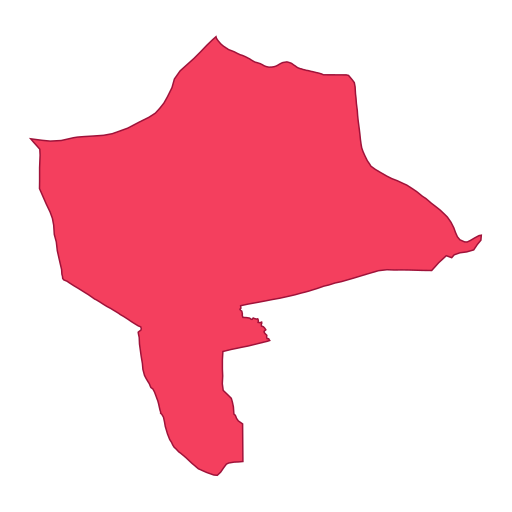 Svay Teab, Svay Rieng, Cambodia (Mercator projection)
{"feature_id": "14789045B97672337588040", "entity_name": "Svay Teab", "entity_type": "district", "adm_level": 2, "iso_a3": "KHM", "parent_name": "Cambodia", "parent_adm1": "Svay Rieng", "projection": "mercator", "projection_center": [105.952, 11.09], "detail": "fine", "context": "isolated", "style": "filled", "palette": "rose", "viewbox_px": 512, "rotation_deg": 0, "n_neighbors": 0, "source": "geoboundaries", "source_scale": "gbopen_adm2", "svg_char_len": 4330}
<svg xmlns="http://www.w3.org/2000/svg" viewBox="0 0 512 512"><path d="M269.7,340.5L269.1,339.6L268.6,338.7L267.1,338.6L266.6,337.0L266.8,335.3L265.2,333.7L264.3,332.6L264.1,331.3L265.8,329.8L264.6,328.0L263.3,326.7L261.5,326.1L261.3,324.4L261.8,323.1L261.6,322.1L260.0,322.7L258.1,322.4L258.4,321.1L258.2,319.9L257.7,318.8L256.7,319.1L254.6,318.6L253.2,318.0L252.2,319.3L251.2,319.3L249.6,318.1L246.7,317.6L242.9,317.4L242.2,315.1L242.4,314.0L241.8,311.2L240.5,310.2L239.9,309.2L240.9,308.2L240.6,305.7L248.0,304.1L258.0,302.3L265.9,300.8L271.9,299.6L279.8,298.2L289.3,296.1L294.9,294.8L299.2,293.6L301.8,292.9L305.1,292.1L309.1,291.0L311.9,290.1L317.1,288.5L322.3,286.7L323.6,286.2L328.7,285.0L335.0,283.0L341.5,281.6L353.3,278.2L366.1,274.3L378.4,270.7L387.0,269.7L394.5,270.0L401.4,269.9L409.1,270.0L422.9,270.4L431.7,270.5L438.7,262.7L446.3,255.7L451.7,257.7L454.2,254.8L459.9,252.8L466.7,251.9L473.7,249.9L477.4,244.4L480.9,240.2L481.3,235.2L479.0,235.6L474.7,237.9L470.3,240.5L467.2,242.0L464.6,241.9L459.9,239.8L457.4,236.8L455.5,232.5L453.8,227.8L451.0,222.3L447.4,217.1L444.6,214.3L440.3,210.2L435.5,206.4L431.3,203.2L426.1,198.7L422.3,196.2L417.2,192.0L413.0,189.1L406.8,185.1L403.0,183.4L397.5,180.8L391.8,178.6L386.6,176.0L380.2,172.3L375.3,169.4L371.9,166.9L371.0,166.3L369.5,163.9L367.3,160.7L364.7,155.4L362.9,151.3L361.7,147.8L361.0,143.8L360.4,139.3L359.9,134.4L359.3,129.3L358.7,124.7L358.3,121.7L358.0,119.2L357.6,115.2L357.3,110.6L356.8,106.7L356.4,103.5L356.0,98.2L355.5,93.9L355.3,90.4L355.1,86.9L354.3,82.6L352.3,79.9L351.3,78.7L349.8,76.9L348.5,75.4L346.3,74.9L323.5,74.8L322.5,74.4L321.5,73.9L320.4,73.6L319.4,73.3L317.5,72.8L315.9,72.5L314.9,72.2L313.6,71.9L312.5,71.6L311.2,71.4L309.8,71.0L307.8,70.5L306.5,70.4L305.6,70.1L304.1,69.7L303.0,69.5L301.5,68.9L300.3,68.7L299.3,68.3L298.4,68.0L296.9,67.2L295.2,65.9L294.2,65.3L293.2,64.6L292.3,63.9L291.4,63.3L290.1,62.8L288.5,62.3L286.9,61.9L283.0,62.5L281.9,62.9L280.3,63.7L278.9,64.5L277.6,65.3L276.0,66.1L274.1,66.7L272.8,66.9L271.6,67.1L270.3,67.1L269.1,67.2L267.6,66.9L266.0,66.5L264.7,66.0L263.6,65.5L262.6,64.8L261.3,64.2L260.4,63.7L259.4,63.4L258.2,63.0L256.6,62.5L255.6,62.3L254.4,61.8L253.5,61.3L252.5,60.7L251.6,60.2L250.7,59.6L249.7,58.9L248.1,58.1L246.6,57.3L245.6,56.8L244.5,56.3L243.1,55.7L242.1,55.3L240.0,54.7L238.7,54.0L237.7,53.6L236.8,53.1L235.6,52.5L234.5,51.9L232.3,51.0L230.7,50.4L229.1,49.8L228.1,49.3L227.2,48.6L226.0,47.9L224.9,47.1L223.6,46.3L221.7,44.7L220.9,44.0L220.0,43.0L219.0,41.8L218.3,41.0L217.1,39.4L216.3,37.9L216.0,36.7L212.5,39.8L206.9,45.2L200.5,51.9L194.0,58.4L188.2,63.6L180.1,70.9L174.4,79.0L172.0,87.6L168.9,93.9L167.4,96.9L163.9,103.1L159.6,108.5L155.4,113.1L148.9,117.3L139.4,122.0L127.6,128.2L112.3,133.7L103.6,135.3L93.7,136.0L83.7,136.6L77.5,137.1L73.6,137.7L61.3,140.5L50.3,141.1L42.0,140.3L30.7,138.8L33.5,142.1L37.0,146.0L39.8,149.2L40.1,155.1L39.6,167.7L39.6,181.3L39.5,188.6L42.4,195.2L46.3,204.1L50.1,212.0L52.4,218.3L53.7,225.2L54.3,234.5L56.3,241.9L57.3,250.7L59.0,258.3L60.7,265.7L61.6,269.5L61.9,274.2L62.5,276.4L62.7,278.5L63.8,279.9L67.0,281.2L69.3,282.8L73.8,285.7L78.2,288.3L82.5,291.0L85.5,292.9L88.0,294.4L91.6,296.9L94.7,299.1L96.1,299.7L100.2,302.2L103.1,304.1L106.8,306.4L110.6,308.4L113.7,310.3L115.7,311.5L118.8,313.4L120.2,314.5L123.7,316.5L128.2,319.4L131.5,321.7L135.5,324.2L138.3,325.9L140.7,326.8L141.3,328.8L140.9,330.1L138.9,331.6L138.2,332.2L138.4,333.7L139.2,337.4L139.5,344.1L140.2,349.1L141.1,355.7L142.4,363.5L142.9,369.3L144.5,375.4L146.1,378.5L148.2,382.0L149.3,383.7L150.3,386.2L150.9,387.5L152.9,389.0L154.5,392.0L155.9,395.7L156.9,398.5L157.8,400.8L158.6,403.8L159.3,407.0L160.0,410.1L160.7,412.2L160.6,413.2L161.8,414.3L163.5,417.2L164.5,421.9L165.3,426.5L167.5,433.9L169.7,439.5L171.5,442.3L172.7,444.9L174.2,447.3L175.8,448.7L178.8,451.9L180.5,453.1L185.9,457.6L191.8,463.2L198.4,468.8L206.5,472.4L213.8,475.0L217.3,475.3L220.6,472.2L223.7,467.7L226.4,464.1L228.7,463.0L234.1,462.1L238.7,461.9L242.9,461.5L242.6,423.9L238.3,420.9L236.5,418.3L235.8,416.4L235.3,415.3L233.9,414.0L233.7,411.3L233.4,406.9L232.4,402.1L231.3,398.3L227.8,394.8L223.2,390.4L222.3,383.7L222.7,376.0L222.4,369.2L222.4,359.6L222.9,351.5L224.1,351.2L231.4,349.4L237.3,348.2L240.5,347.5L248.2,346.0L263.5,342.2L267.3,341.3L269.7,340.5Z" fill="#f43f5e" stroke="#9f1239" stroke-width="1.5"/></svg>